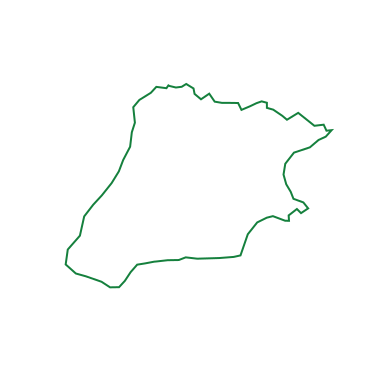 Potamitissa, Limassol, Cyprus, rotated 40°
{"feature_id": "46923920B84846265665019", "entity_name": "Potamitissa", "entity_type": "district", "adm_level": 2, "iso_a3": "CYP", "parent_name": "Cyprus", "parent_adm1": "Limassol", "projection": "robinson", "projection_center": [32.989, 34.901], "detail": "fine", "context": "isolated", "style": "outline", "palette": "green", "viewbox_px": 384, "rotation_deg": 40, "n_neighbors": 0, "source": "geoboundaries", "source_scale": "gbopen_adm2", "svg_char_len": 1172}
<svg xmlns="http://www.w3.org/2000/svg" viewBox="0 0 384 384"><g transform="rotate(40 192 192)"><path d="M259.2,54.9L255.6,58.6L249.6,55.8L243.2,62.6L222.5,63.1L218.3,75.6L212.1,75.6L201.3,76.7L195.3,79.4L192.0,75.5L187.1,77.8L184.3,82.5L181.3,89.1L177.1,97.3L170.1,94.2L163.6,99.5L157.6,104.5L151.3,108.2L142.0,105.6L139.3,115.2L130.9,115.2L126.6,111.7L118.1,113.0L116.5,118.0L112.5,122.3L106.5,125.3L105.4,125.5L105.7,128.9L97.1,134.4L96.7,142.5L92.5,155.3L92.5,164.8L103.7,175.6L107.5,184.9L115.5,197.1L118.7,211.7L122.7,223.2L124.7,236.8L125.1,252.6L124.5,265.2L125.1,280.0L134.2,297.5L133.8,315.9L141.8,328.7L155.4,329.1L164.9,324.8L179.9,319.1L180.5,318.9L190.5,317.7L197.3,311.8L197.5,307.2L197.7,303.3L196.5,292.8L196.7,282.9L202.0,276.8L207.8,269.7L209.3,268.2L217.2,259.9L225.6,252.6L229.2,246.1L238.9,239.7L247.1,232.4L255.3,225.1L265.7,214.9L269.9,209.4L261.9,188.5L261.5,173.4L265.8,163.6L269.5,158.5L281.9,154.1L284.8,151.7L281.1,147.8L283.3,137.6L289.1,138.1L291.5,129.9L284.0,128.4L274.1,132.0L267.5,128.4L259.2,125.5L250.9,119.8L245.3,110.4L244.8,96.3L253.6,82.0L255.5,70.8L258.9,63.6L259.2,54.9Z" fill="none" stroke="#15803d" stroke-width="2"/></g></svg>